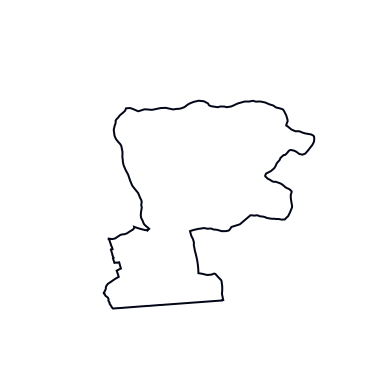 the district of Purmerend, Noord-Holland, Netherlands, rotated 55°
{"feature_id": "6326949B8869090595059", "entity_name": "Purmerend", "entity_type": "district", "adm_level": 2, "iso_a3": "NLD", "parent_name": "Netherlands", "parent_adm1": "Noord-Holland", "projection": "mercator", "projection_center": [4.93, 52.542], "detail": "fine", "context": "isolated", "style": "outline", "palette": "ink", "viewbox_px": 384, "rotation_deg": 55, "n_neighbors": 0, "source": "geoboundaries", "source_scale": "gbopen_adm2", "svg_char_len": 5891}
<svg xmlns="http://www.w3.org/2000/svg" viewBox="0 0 384 384"><g transform="rotate(55 192 192)"><path d="M85.6,198.1L86.2,198.9L87.0,200.1L87.2,201.0L87.5,203.2L87.7,206.1L87.9,207.5L88.1,208.1L88.6,209.4L89.1,212.0L89.4,212.9L89.7,213.5L90.1,213.9L91.0,214.4L91.7,215.1L92.3,215.8L93.4,217.4L95.9,220.2L96.8,220.8L101.3,223.1L102.3,223.4L105.2,223.9L108.8,223.7L111.7,223.3L113.6,223.5L114.0,223.6L119.2,225.9L119.8,226.3L123.3,228.9L126.0,230.3L127.8,231.4L130.7,232.6L131.3,232.8L136.3,233.8L141.3,234.4L147.4,236.2L152.1,237.2L153.2,237.3L156.5,237.1L162.2,236.7L162.4,236.8L166.8,237.8L168.9,238.1L169.8,238.3L170.8,238.6L171.3,239.0L172.1,239.6L172.6,240.2L173.7,241.1L175.8,242.0L176.2,242.3L176.9,243.0L178.6,244.7L180.3,246.2L181.4,247.1L182.6,247.8L183.4,248.2L184.5,248.6L187.0,248.9L189.4,249.5L191.1,249.7L192.3,249.5L197.6,248.2L198.0,250.7L197.7,250.7L197.3,250.6L197.2,250.8L196.7,251.8L196.5,252.1L192.4,255.6L190.1,257.4L187.3,259.4L187.8,259.6L188.2,259.9L188.4,260.4L188.9,261.6L188.6,266.3L188.6,268.6L188.5,269.2L187.9,271.4L186.7,273.5L186.1,275.2L185.9,281.8L185.8,282.0L184.8,284.4L182.4,287.0L182.6,287.2L182.8,287.4L183.2,287.4L183.6,287.2L183.9,287.2L184.0,287.2L184.6,287.4L187.2,288.3L187.7,288.3L188.3,288.4L188.6,288.7L189.3,288.9L190.8,289.1L192.8,289.7L193.3,289.9L193.2,290.2L193.1,290.3L192.9,290.7L193.0,290.7L192.8,291.5L197.6,293.1L198.1,293.4L198.4,293.5L198.6,293.4L199.2,293.7L200.6,294.0L200.9,293.9L201.2,294.3L201.0,294.5L201.0,294.8L205.6,296.2L205.8,295.9L205.8,295.7L206.0,295.2L206.6,294.2L206.9,293.9L207.0,293.9L207.1,293.4L207.5,292.8L207.7,292.2L207.8,292.0L208.1,292.1L208.3,292.2L213.9,294.1L213.2,298.8L216.9,299.9L219.5,300.7L219.1,304.6L219.0,313.6L219.1,314.0L219.5,315.3L220.3,316.9L220.5,317.1L221.7,318.0L222.0,318.3L222.6,319.2L223.0,320.0L223.7,321.4L224.0,322.2L224.5,322.2L224.7,322.3L224.9,321.9L226.8,322.4L227.0,322.4L227.8,322.3L228.8,321.9L230.6,321.5L232.1,321.9L232.7,322.6L233.6,322.8L233.9,323.0L234.4,323.0L235.4,323.0L235.9,323.4L236.3,323.6L237.1,323.5L237.5,323.6L238.5,323.6L239.4,323.6L239.9,323.8L240.9,323.7L242.1,323.6L242.9,322.2L247.1,315.3L248.4,313.0L250.5,309.5L252.8,305.6L256.7,299.0L259.1,295.0L259.1,294.8L260.0,293.6L266.1,283.2L266.6,282.4L267.4,281.2L268.6,279.1L298.1,229.6L297.8,229.4L298.4,228.4L295.7,227.2L292.8,226.0L289.3,223.2L286.5,221.3L282.1,219.0L281.5,218.8L280.8,218.7L277.3,219.3L273.0,219.8L272.3,220.0L272.0,220.2L271.8,220.4L271.4,221.0L270.8,223.5L270.7,223.8L269.7,225.4L269.2,226.4L269.0,226.7L267.5,228.3L266.5,229.1L266.1,229.4L264.5,230.9L262.2,233.3L259.7,231.7L257.4,230.3L255.2,229.1L252.1,227.5L250.6,226.8L247.3,225.4L241.7,223.3L238.7,221.9L237.0,221.2L236.1,220.7L234.8,219.6L234.5,219.4L231.1,218.2L227.9,217.8L226.6,217.4L222.9,216.1L222.9,215.8L223.5,214.2L223.9,212.7L225.5,208.8L225.9,207.8L226.6,206.6L228.1,203.5L228.4,202.9L228.7,202.5L230.8,200.6L232.9,197.3L233.3,197.0L235.0,195.9L237.3,193.2L240.5,190.6L241.3,189.9L243.6,186.5L244.6,184.1L244.6,183.6L244.6,183.4L244.2,182.0L243.9,181.3L243.3,179.9L243.3,179.7L243.4,179.3L245.4,173.0L245.9,171.5L245.9,171.3L244.8,159.4L244.6,157.5L244.6,157.4L245.0,156.9L247.3,154.2L247.9,152.9L248.4,152.1L248.7,151.7L250.6,150.5L251.2,149.9L252.5,148.4L253.0,147.8L254.7,146.4L255.6,146.0L256.0,145.7L257.2,144.5L257.7,144.1L259.4,142.3L260.5,140.9L260.8,140.5L261.5,139.5L262.7,138.2L263.9,136.4L265.7,134.8L266.4,133.9L266.9,132.9L267.4,132.2L267.7,131.8L267.4,130.3L267.3,129.7L267.1,128.6L267.0,127.7L266.9,127.1L266.3,125.9L264.4,122.6L262.4,119.6L261.8,118.7L261.4,118.4L260.1,117.7L254.4,115.0L253.0,114.1L251.3,113.0L250.8,112.5L249.1,110.3L248.7,110.1L248.4,110.0L245.7,110.6L244.5,111.2L243.4,112.0L241.3,112.9L240.0,113.1L237.9,113.7L236.2,114.4L234.0,115.8L231.6,117.6L231.4,117.8L231.1,118.5L230.7,118.9L230.0,119.6L229.5,120.0L226.3,121.3L226.1,121.4L225.1,122.1L224.1,122.4L221.3,123.0L220.9,122.9L220.6,122.7L220.4,122.4L220.0,121.8L219.5,121.0L219.4,120.7L219.6,119.1L219.9,117.1L220.1,115.2L219.8,112.0L219.6,110.7L219.2,109.8L218.6,108.6L217.2,106.3L217.0,105.8L216.2,102.5L216.1,102.0L215.7,101.3L214.9,100.1L214.8,99.7L214.4,96.5L214.3,95.9L214.4,95.5L215.0,94.6L215.0,94.3L214.7,92.1L214.0,89.7L213.8,88.8L213.8,88.3L214.0,87.6L214.2,87.1L214.3,86.9L216.0,85.3L216.6,84.8L217.9,83.9L220.2,83.0L221.8,82.5L222.8,82.0L223.2,81.5L224.6,80.3L224.7,80.1L224.9,79.8L224.9,79.5L225.4,77.7L225.5,77.5L225.3,76.4L224.7,73.8L223.5,69.8L222.5,66.5L221.2,64.0L220.8,63.4L220.6,63.1L219.0,61.7L217.2,60.5L216.8,60.3L216.2,60.2L215.4,60.3L213.5,61.2L213.2,61.4L209.1,65.5L208.3,66.2L206.3,67.7L204.6,68.7L203.7,69.4L202.7,70.8L201.8,72.0L201.4,72.6L200.5,73.1L197.9,74.7L193.9,75.8L192.9,76.1L191.9,76.6L191.6,76.6L191.4,76.6L190.6,75.6L188.8,73.0L188.5,72.8L187.6,72.3L183.4,70.9L182.9,70.8L179.5,70.3L177.4,70.1L176.7,70.2L176.3,70.3L175.8,70.6L173.6,72.3L171.2,74.5L170.7,74.8L167.8,75.8L164.3,78.5L160.8,80.6L158.0,83.2L157.3,83.9L156.5,84.9L155.5,86.4L155.1,87.2L154.7,87.7L154.0,88.4L152.9,89.2L152.4,89.6L152.2,89.9L150.7,93.2L149.5,95.0L148.7,96.1L148.2,96.8L148.0,97.2L147.8,97.8L145.8,103.5L145.4,105.4L145.2,106.8L144.6,110.0L144.4,110.8L144.2,111.3L142.8,114.2L142.4,114.9L142.3,115.1L141.0,116.1L140.6,116.5L139.7,117.7L138.3,119.6L138.1,120.0L137.5,121.9L137.3,122.3L133.2,126.6L132.7,127.1L131.3,128.0L130.9,128.2L130.5,128.3L128.8,128.1L128.4,128.2L124.5,130.2L121.3,133.9L121.0,134.3L120.7,135.1L119.1,139.0L119.0,139.6L118.5,141.5L118.2,143.1L118.1,143.7L118.0,144.8L118.0,146.7L118.1,148.6L118.0,150.3L117.5,151.8L117.3,152.8L117.2,153.1L116.2,155.3L116.0,155.7L115.2,156.7L115.0,157.1L113.8,159.6L113.3,160.4L112.7,160.9L111.9,161.6L109.7,163.7L108.2,165.0L107.9,165.4L105.6,169.0L105.0,170.1L101.8,177.6L97.5,182.8L97.1,183.4L96.8,184.1L95.2,189.3L95.0,189.7L94.8,189.9L94.5,190.1L90.7,192.4L87.9,194.4L87.4,195.0L85.6,198.1Z" fill="none" stroke="#020617" stroke-width="2"/></g></svg>